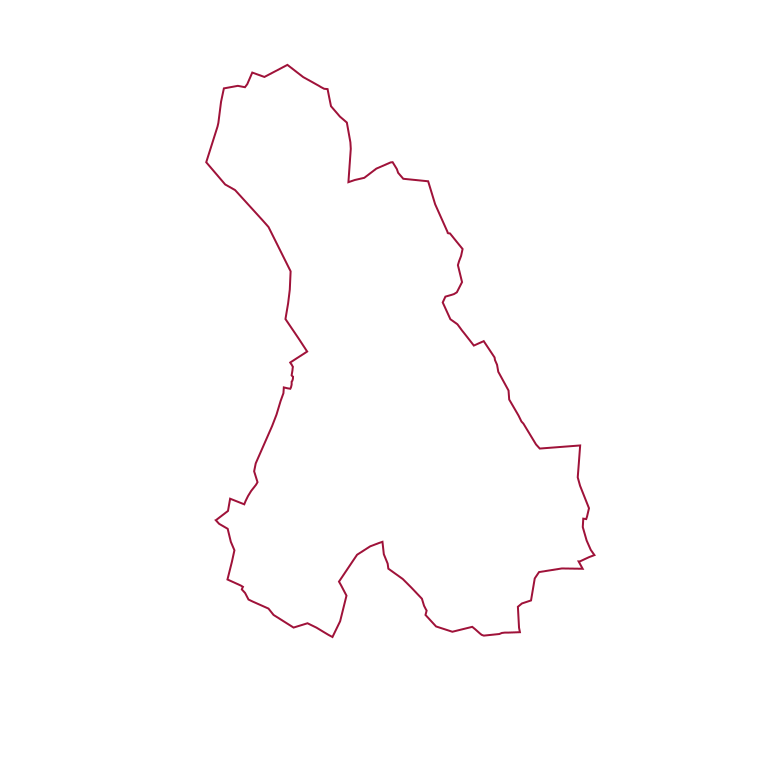 Babura, Jigawa, Nigeria (orthographic projection), rotated 292°
{"feature_id": "59680162B12953009585437", "entity_name": "Babura", "entity_type": "district", "adm_level": 2, "iso_a3": "NGA", "parent_name": "Nigeria", "parent_adm1": "Jigawa", "projection": "orthographic", "projection_center": [8.842, 12.599], "detail": "fine", "context": "isolated", "style": "outline", "palette": "rose", "viewbox_px": 768, "rotation_deg": 292, "n_neighbors": 0, "source": "geoboundaries", "source_scale": "gbopen_adm2", "svg_char_len": 2518}
<svg xmlns="http://www.w3.org/2000/svg" viewBox="0 0 768 768"><g transform="rotate(292 384 384)"><path d="M124.3,391.4L133.5,402.7L132.8,412.7L131.4,421.3L130.6,426.5L130.1,431.0L147.6,432.2L173.7,428.5L181.2,419.7L183.9,416.3L209.1,421.6L215.6,423.0L228.3,432.0L234.6,438.8L237.1,441.7L226.1,447.6L218.8,454.7L214.4,457.2L210.2,474.5L205.4,485.8L199.1,499.6L193.4,504.2L190.8,507.2L189.9,508.4L185.4,509.0L178.7,523.1L179.9,540.2L191.9,556.8L190.7,560.6L188.7,566.2L188.0,568.5L188.1,570.8L195.4,584.6L197.3,586.5L198.9,589.4L199.9,592.0L204.8,603.0L208.6,600.5L227.6,591.6L232.2,594.1L238.4,601.4L260.2,596.6L267.7,598.2L268.0,598.7L279.6,618.0L287.1,637.4L292.4,630.9L292.9,632.1L297.0,635.9L300.6,639.3L302.6,641.5L304.2,643.2L307.6,637.9L314.8,630.5L325.8,621.9L333.8,619.2L334.5,622.1L337.2,621.9L345.6,620.6L363.1,603.9L370.0,598.6L383.6,594.3L400.5,588.9L382.5,552.6L384.9,547.6L399.5,528.1L400.7,525.5L405.1,520.6L416.5,505.9L424.6,501.9L437.0,486.8L438.1,485.4L444.2,481.6L447.8,477.9L450.0,476.6L461.1,460.4L453.3,452.9L460.0,441.3L463.0,436.0L463.7,434.9L466.9,429.7L468.9,421.3L481.6,407.9L488.0,408.2L492.0,413.3L493.6,415.2L496.3,417.2L507.7,418.2L521.9,408.0L525.9,407.6L531.6,407.5L538.6,406.3L543.0,398.3L548.3,388.8L548.2,388.2L547.8,387.1L548.0,386.4L548.7,386.0L569.8,364.1L588.5,349.0L581.5,325.0L585.1,318.0L588.1,315.4L592.9,308.9L591.9,307.1L580.8,296.2L567.8,288.5L562.2,280.5L557.8,275.4L589.6,265.1L595.5,262.3L612.5,251.6L615.4,243.0L621.7,230.8L629.1,225.9L636.3,221.2L635.3,217.9L635.7,214.2L636.1,211.8L638.3,194.1L643.7,174.9L623.9,158.1L623.4,145.2L610.8,144.9L607.1,143.9L605.7,136.8L598.1,124.8L584.6,127.2L564.1,132.6L560.4,133.2L523.0,136.1L509.5,162.0L508.0,173.3L490.0,210.7L486.3,218.1L453.5,255.2L436.2,261.3L422.8,264.9L407.3,268.3L394.4,287.5L385.3,300.6L368.8,289.0L368.5,289.4L368.1,289.8L367.9,290.1L367.8,290.4L367.7,290.8L367.2,291.3L366.3,292.4L365.8,293.1L364.4,293.4L362.4,294.0L359.7,294.6L357.4,295.1L356.9,296.1L356.7,296.9L354.6,297.6L352.6,297.8L351.6,297.5L348.8,298.6L346.1,299.0L344.5,298.9L343.9,296.3L343.3,292.4L337.8,294.2L329.5,294.5L315.4,295.8L303.0,296.0L262.4,294.8L254.4,296.3L245.6,303.5L242.7,303.1L235.1,300.9L229.2,299.9L223.7,299.5L220.1,299.5L220.0,284.3L207.9,286.9L194.8,279.2L194.7,279.1L192.6,283.5L191.2,293.3L180.3,301.1L173.8,307.6L162.1,309.6L144.1,312.1L143.5,326.6L143.1,329.2L141.8,329.1L140.3,329.1L138.2,333.5L133.4,339.1L133.1,343.7L132.5,361.0L128.5,368.1L124.3,391.4Z" fill="none" stroke="#9f1239" stroke-width="2"/></g></svg>